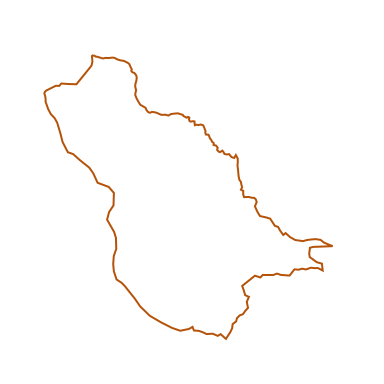 the district of Kampos, Nicosia, Cyprus, rotated 81°
{"feature_id": "46923920B48864279122455", "entity_name": "Kampos", "entity_type": "district", "adm_level": 2, "iso_a3": "CYP", "parent_name": "Cyprus", "parent_adm1": "Nicosia", "projection": "mercator", "projection_center": [32.714, 35.063], "detail": "fine", "context": "isolated", "style": "outline", "palette": "amber", "viewbox_px": 384, "rotation_deg": 81, "n_neighbors": 0, "source": "geoboundaries", "source_scale": "gbopen_adm2", "svg_char_len": 3035}
<svg xmlns="http://www.w3.org/2000/svg" viewBox="0 0 384 384"><g transform="rotate(81 192 192)"><path d="M41.6,268.8L42.0,269.5L43.1,269.6L47.9,270.0L51.6,271.6L67.5,289.3L66.0,297.3L64.4,304.1L66.4,306.5L66.3,307.1L65.8,310.0L69.0,320.1L70.0,321.6L71.0,322.1L71.4,322.4L74.9,322.0L78.3,322.1L79.2,322.5L79.9,322.5L80.4,322.4L87.6,321.1L93.1,319.2L97.6,316.1L102.5,314.3L112.9,312.9L122.4,312.0L133.3,308.4L136.0,303.4L142.8,297.9L146.8,294.3L151.8,289.7L158.1,286.6L168.1,283.8L174.0,273.4L180.7,269.3L192.9,271.6L198.8,277.0L206.0,280.2L219.2,275.2L225.5,274.3L236.3,275.7L243.1,279.3L250.8,281.1L258.0,281.6L266.6,280.2L270.7,275.7L274.7,272.9L281.1,269.3L288.3,265.2L296.9,261.1L307.7,253.0L315.9,243.0L323.1,233.0L327.2,225.3L326.8,216.4L325.3,212.6L328.5,211.9L329.1,211.7L330.2,207.1L332.0,203.6L334.6,199.8L335.2,193.7L338.1,189.1L336.9,185.9L342.4,181.5L336.3,176.0L332.9,173.7L328.8,172.5L326.8,168.7L323.6,167.3L321.3,164.1L320.7,160.9L317.8,158.0L315.2,154.8L309.1,155.1L304.5,152.2L302.2,155.6L297.6,156.2L292.6,157.1L290.6,153.6L284.5,142.9L287.1,137.9L285.0,135.1L286.7,124.9L285.9,120.8L287.8,117.2L289.8,108.7L284.4,102.9L285.4,99.0L285.0,95.1L286.3,91.6L285.4,86.4L286.5,82.3L286.7,79.7L290.0,75.2L283.1,74.9L280.8,79.8L274.7,85.9L271.2,85.9L265.5,84.2L265.2,80.7L267.5,61.5L264.9,65.9L262.6,69.6L259.4,72.5L257.9,77.2L257.6,80.7L257.4,85.9L257.9,90.0L255.6,97.5L251.9,102.2L247.2,106.0L248.7,108.6L243.5,111.2L240.0,112.4L238.3,115.5L230.5,119.0L228.7,122.8L226.4,128.6L222.1,130.4L216.0,132.1L212.1,129.7L209.3,130.1L207.6,131.4L206.9,134.2L205.8,136.6L205.2,141.4L202.1,141.8L198.9,141.2L197.4,143.3L195.2,141.8L193.0,142.0L189.5,142.2L187.4,143.3L183.9,143.5L177.8,143.1L172.6,142.9L170.2,142.2L166.1,141.6L162.4,142.9L165.0,145.0L163.6,147.6L160.4,149.4L160.4,151.6L159.5,154.0L157.3,154.7L155.9,155.6L157.0,158.0L156.4,159.2L154.4,160.6L152.2,159.7L149.8,161.1L149.0,163.3L147.1,162.9L145.5,164.3L143.4,164.9L142.0,165.8L139.3,166.4L138.0,166.8L137.4,169.3L135.4,169.6L134.1,169.1L131.7,169.6L130.1,169.9L127.9,170.5L126.7,172.9L126.9,175.2L126.2,177.1L126.5,178.7L124.3,178.7L122.7,178.5L122.2,180.0L122.3,182.2L121.6,183.3L119.7,183.6L118.1,183.0L117.2,184.1L117.8,185.6L116.5,187.3L115.7,188.5L114.3,189.1L113.8,190.3L113.1,191.6L112.1,193.6L111.9,195.8L111.7,200.5L112.8,203.4L111.5,206.0L111.3,208.3L110.8,210.6L108.2,214.6L107.3,216.7L106.6,219.0L107.2,221.1L106.2,222.8L104.1,224.1L101.6,224.7L100.6,225.9L98.9,228.0L97.8,229.4L95.7,230.3L93.7,231.1L90.9,232.1L89.0,232.5L87.4,232.9L85.4,232.4L82.9,231.3L80.3,231.5L78.8,231.6L76.1,230.9L74.2,229.9L72.3,229.2L70.3,228.7L68.2,228.8L67.0,229.4L65.4,230.3L64.7,231.7L63.7,232.7L62.7,233.0L61.6,232.3L60.4,232.6L58.5,233.3L56.4,233.7L55.3,234.3L54.5,235.2L53.7,236.1L52.9,237.3L52.1,238.4L51.5,239.8L51.0,241.4L50.4,242.9L49.5,244.7L48.6,246.0L47.7,247.1L47.1,248.4L46.8,249.7L46.7,252.1L46.6,253.7L46.0,256.3L46.2,258.9L45.5,260.6L44.9,261.8L44.3,263.0L43.6,264.3L43.3,265.8L42.3,266.8L41.6,268.8Z" fill="none" stroke="#b45309" stroke-width="2"/></g></svg>